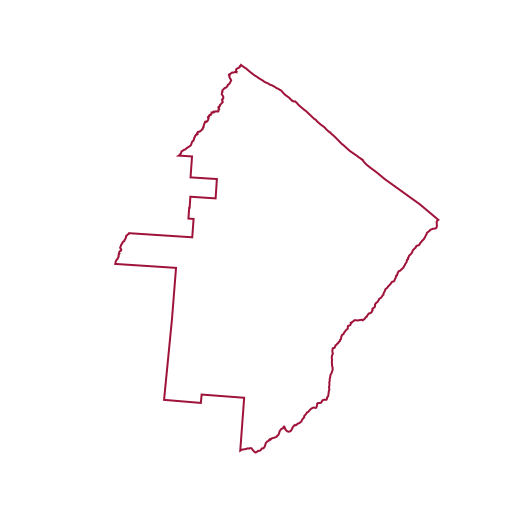 Tres Arroyos, Buenos Aires, Argentina, rotated 230°
{"feature_id": "61730980B62269269094219", "entity_name": "Tres Arroyos", "entity_type": "district", "adm_level": 2, "iso_a3": "ARG", "parent_name": "Argentina", "parent_adm1": "Buenos Aires", "projection": "orthographic", "projection_center": [-60.092, -38.474], "detail": "fine", "context": "isolated", "style": "outline", "palette": "rose", "viewbox_px": 512, "rotation_deg": 230, "n_neighbors": 0, "source": "geoboundaries", "source_scale": "gbopen_adm2", "svg_char_len": 6127}
<svg xmlns="http://www.w3.org/2000/svg" viewBox="0 0 512 512"><g transform="rotate(230 256 256)"><path d="M354.9,169.6L354.5,169.0L353.4,167.7L352.8,165.7L352.1,164.8L352.1,164.3L352.4,163.9L352.2,162.5L351.8,162.0L351.2,159.8L350.6,159.1L350.0,157.7L349.6,157.2L348.2,157.1L347.4,156.8L347.2,156.6L346.9,156.0L347.2,154.8L346.8,153.6L346.1,152.9L345.6,152.9L345.5,152.5L345.6,151.9L345.0,151.6L344.7,151.0L343.8,150.4L343.6,149.5L343.2,149.0L342.9,148.3L342.7,147.1L342.2,145.4L340.4,143.1L298.3,187.1L261.3,150.7L204.9,93.1L178.9,119.3L184.8,125.3L155.0,155.8L117.0,118.8L116.7,120.7L114.4,124.6L114.2,125.6L113.6,126.4L112.9,126.9L112.6,128.0L112.2,128.6L111.2,129.0L109.8,128.8L108.0,128.8L105.9,129.2L105.7,129.4L105.3,131.4L105.4,132.3L104.7,133.2L104.3,134.3L104.4,135.4L104.8,136.6L104.7,137.1L104.0,137.8L103.9,138.1L104.4,140.2L106.5,143.5L106.7,145.6L106.2,146.8L106.7,147.9L106.7,148.3L106.4,148.5L106.7,149.4L106.5,149.6L106.0,149.5L106.1,151.0L104.7,154.1L104.6,154.5L104.4,155.0L104.5,155.6L104.3,155.9L104.7,157.1L104.5,157.5L104.7,158.5L105.7,160.3L106.0,160.5L106.7,161.8L107.2,163.9L107.2,164.5L106.4,166.6L106.6,167.0L107.3,167.2L107.4,167.6L107.3,167.9L106.4,167.9L105.9,167.3L105.0,167.4L104.2,167.0L101.6,167.2L100.2,168.3L99.7,169.6L99.7,170.3L100.1,171.8L100.8,173.4L101.1,173.6L101.6,176.0L101.6,177.1L101.1,177.1L100.7,177.9L100.6,178.5L100.8,180.1L100.1,181.9L100.1,184.1L100.2,184.7L100.8,185.7L101.5,188.7L101.4,189.2L102.3,189.9L102.5,190.4L102.6,191.8L103.2,194.1L103.4,194.6L103.0,195.6L103.5,198.7L103.5,200.5L103.1,202.3L102.8,202.8L101.2,204.1L101.1,204.4L101.5,205.5L102.7,207.2L103.4,207.7L103.6,208.6L103.5,209.1L102.4,210.4L101.8,211.6L102.7,214.2L102.6,214.6L101.7,216.4L100.7,217.3L100.6,217.7L101.1,218.7L102.0,219.6L102.1,220.1L102.1,220.9L102.4,221.4L105.7,225.0L106.4,226.2L108.7,227.7L109.9,229.3L112.2,231.0L112.8,232.1L114.1,233.1L115.5,234.9L117.0,236.6L117.7,238.5L119.5,241.5L121.3,243.0L123.3,243.8L124.0,244.6L125.9,245.8L127.0,247.0L130.0,249.2L130.7,250.0L131.9,252.2L133.5,252.9L134.3,253.6L136.0,255.4L135.9,255.8L135.4,256.6L135.3,257.6L135.5,258.1L136.4,259.2L136.3,260.7L136.6,262.1L136.4,263.0L136.9,263.8L136.9,265.4L137.0,265.8L137.7,266.3L137.6,267.0L138.0,268.0L139.4,269.5L139.6,270.0L140.1,270.8L140.2,271.3L139.9,272.7L140.8,274.5L140.8,275.2L141.4,277.3L141.3,278.2L141.4,279.5L141.6,279.9L142.7,280.7L143.2,281.4L143.2,281.8L142.6,283.1L142.5,283.8L143.3,285.4L143.9,285.7L143.4,286.4L143.6,286.9L143.5,288.5L143.4,289.0L143.5,290.3L141.3,292.4L139.1,296.2L138.1,296.4L138.0,298.9L138.6,300.8L138.3,301.9L138.8,302.7L139.4,305.3L139.3,306.0L138.8,306.6L138.6,308.0L138.8,308.8L139.4,309.6L139.4,310.4L140.7,311.1L140.7,312.7L140.5,313.7L140.9,314.8L142.3,315.8L142.6,316.8L142.7,317.6L142.9,317.8L142.6,319.4L143.1,320.5L143.4,321.8L143.9,322.6L143.7,325.2L144.0,326.5L144.5,327.6L144.4,328.8L145.1,329.4L145.8,330.4L146.1,331.7L147.2,333.5L147.4,334.0L147.3,336.2L147.9,338.2L147.8,338.9L148.2,341.4L148.7,343.2L148.7,343.9L148.1,344.8L148.0,345.8L149.0,347.7L149.8,349.5L150.7,350.4L150.8,350.9L150.5,351.5L151.6,353.1L152.5,355.1L152.6,355.7L152.0,357.3L152.3,358.7L152.3,361.6L153.0,362.6L153.1,363.4L154.1,365.7L154.4,367.1L154.8,367.9L155.8,368.8L156.0,369.2L155.8,370.4L156.9,371.3L157.0,372.2L157.8,373.4L157.9,375.7L158.3,377.6L159.7,380.2L159.8,383.7L160.1,384.0L160.6,385.6L159.8,387.0L159.6,387.9L159.8,388.9L160.3,389.8L160.6,392.2L161.0,393.1L160.9,394.3L161.0,395.4L161.5,396.5L161.6,397.3L162.6,399.3L163.0,400.6L163.8,401.6L163.9,402.2L163.7,404.7L164.0,406.4L163.2,408.8L161.7,411.3L161.6,411.7L161.8,412.7L162.5,413.7L166.0,416.3L166.5,417.7L166.5,418.9L190.4,414.7L232.0,404.1L242.8,402.1L250.3,400.3L255.1,399.4L257.7,399.2L259.8,399.2L260.4,399.6L261.3,399.3L262.0,399.3L262.1,399.0L264.0,398.7L264.7,398.5L265.5,398.1L267.2,397.9L276.2,395.4L285.7,394.1L286.1,393.8L296.8,393.0L301.8,392.2L302.7,392.4L302.9,392.1L304.6,391.7L308.3,391.2L310.5,391.2L315.4,390.0L319.9,389.3L321.6,389.4L323.9,388.7L334.6,387.5L337.0,386.9L343.5,385.8L345.9,385.6L346.7,385.7L349.0,385.4L349.4,385.3L349.9,384.4L350.4,384.0L351.6,383.8L351.8,383.4L356.0,383.1L361.3,381.8L367.0,381.6L368.0,381.0L369.7,380.6L371.0,379.8L374.4,378.8L376.9,377.7L378.2,376.8L380.2,376.3L383.9,374.4L386.0,374.0L390.5,372.4L392.4,372.0L395.6,370.9L401.8,369.6L405.8,369.0L409.0,368.0L412.0,367.3L411.7,366.6L411.8,365.8L411.4,365.7L411.3,365.1L411.1,364.5L411.9,361.2L411.0,359.9L410.2,359.6L409.7,359.6L409.7,359.2L409.4,359.0L409.8,358.7L410.1,358.9L410.4,358.7L410.9,356.7L411.9,355.7L412.0,353.0L412.3,352.7L412.3,351.9L412.0,351.5L411.0,351.6L410.6,351.0L409.8,350.5L406.6,350.0L405.2,347.0L405.0,345.1L405.2,344.8L405.2,344.3L404.4,343.1L404.3,341.1L404.8,339.8L404.4,336.5L403.8,335.9L403.2,335.8L403.0,335.0L402.0,333.8L399.3,333.4L398.1,332.6L397.9,332.3L397.9,331.5L397.4,331.1L397.4,330.2L395.4,329.6L395.1,328.9L395.1,327.5L394.8,326.2L394.9,325.8L394.1,324.6L394.2,324.3L394.2,322.9L393.2,322.9L393.0,322.2L391.9,321.9L391.9,321.0L391.0,320.1L391.2,319.5L391.8,319.1L393.0,317.8L393.1,316.9L392.9,316.5L393.2,316.0L393.9,316.0L393.7,315.2L394.5,314.2L393.6,313.5L393.6,312.5L393.2,312.1L393.8,311.3L393.7,311.1L393.8,310.8L393.7,310.3L393.2,310.1L393.1,309.6L392.9,309.5L393.3,308.5L392.4,308.0L391.9,308.0L391.6,307.7L391.0,306.7L390.9,306.1L390.5,305.3L390.7,305.0L390.6,304.5L391.0,304.4L391.6,303.2L390.9,302.5L390.4,301.1L389.4,299.8L389.3,299.4L388.5,298.8L388.6,298.3L388.4,297.9L387.6,297.0L387.8,296.6L387.4,295.2L387.4,294.2L387.6,293.9L387.4,293.0L387.7,292.2L388.0,292.0L388.4,291.4L388.0,290.4L388.0,290.0L386.9,289.7L387.0,288.8L387.5,288.7L387.5,288.2L387.2,287.8L387.2,286.7L386.6,286.1L386.3,284.6L385.3,283.6L384.9,282.5L384.5,282.2L384.7,281.3L384.6,280.6L382.7,277.3L382.7,275.8L383.2,272.3L383.1,271.7L383.1,270.3L383.7,268.9L383.7,268.0L384.0,266.1L382.8,264.4L382.7,262.7L382.4,262.1L382.5,261.4L373.4,271.0L358.3,256.4L340.1,275.5L326.1,262.1L343.6,243.8L335.6,236.2L335.9,235.8L328.1,228.3L324.5,232.0L311.3,219.2L355.1,173.4L354.7,172.4L355.0,171.5L354.7,170.3L354.9,169.6Z" fill="none" stroke="#9f1239" stroke-width="2"/></g></svg>